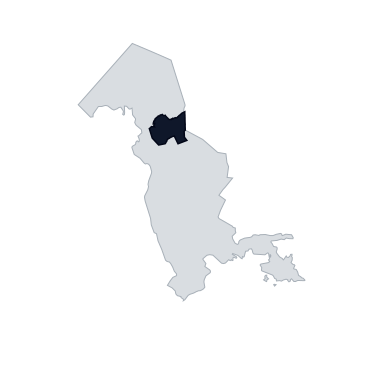 Takhtakupir, Karakalpakstan, Uzbekistan shown in context, rotated 38°
{"feature_id": "79887680B8081809775743", "entity_name": "Takhtakupir", "entity_type": "district", "adm_level": 2, "iso_a3": "UZB", "parent_name": "Uzbekistan", "parent_adm1": "Karakalpakstan", "projection": "orthographic", "projection_center": [60.944, 43.185], "detail": "fine", "context": "in_parent", "style": "filled", "palette": "ink", "viewbox_px": 384, "rotation_deg": 38, "n_neighbors": 0, "source": "geoboundaries", "source_scale": "gbopen_adm2", "svg_char_len": 5258}
<svg xmlns="http://www.w3.org/2000/svg" viewBox="0 0 384 384"><g transform="rotate(38 192 192)"><path d="M291.9,167.5L296.8,164.4L299.9,165.7L300.3,166.7L297.3,168.9L294.6,170.3L294.0,172.8L291.3,174.2L288.8,177.8L284.7,181.7L284.7,182.4L285.1,183.0L286.6,183.2L289.8,184.7L292.6,183.3L293.3,183.5L294.2,184.5L295.3,187.4L296.7,188.1L301.0,189.2L304.1,188.8L305.7,189.3L305.9,189.0L305.6,184.4L307.0,185.0L308.3,184.2L308.6,181.9L308.1,180.5L309.1,179.5L309.7,180.0L309.9,181.3L311.5,182.0L312.9,184.1L313.5,186.7L316.5,186.9L317.4,186.3L318.3,186.5L319.1,189.7L319.5,189.9L321.9,188.9L324.5,190.0L327.3,192.1L330.2,191.8L330.8,192.2L332.8,191.5L335.2,191.9L335.4,192.2L335.0,192.8L329.8,196.6L328.6,198.9L327.4,199.8L323.9,199.1L323.5,200.5L324.3,201.6L323.7,203.1L321.9,202.8L321.5,202.2L319.8,202.8L318.1,205.2L317.4,207.1L315.6,207.9L313.3,210.1L312.1,208.8L310.3,209.2L307.7,208.0L306.5,207.9L295.8,211.1L294.9,210.9L293.5,208.6L290.6,207.6L290.6,206.4L295.6,200.7L296.1,199.0L294.1,198.4L294.3,197.0L290.3,193.4L289.6,193.2L289.1,193.4L288.1,196.6L279.0,202.8L277.5,202.5L275.2,200.7L273.7,200.2L272.1,202.0L272.4,204.0L270.7,205.7L272.9,210.8L272.8,211.5L271.5,211.8L272.6,213.7L271.9,214.0L267.2,213.7L261.9,215.4L262.1,216.3L266.9,215.7L267.6,216.0L267.8,216.6L267.5,217.0L265.0,217.8L264.8,218.6L266.4,220.8L265.8,221.4L264.9,221.0L264.3,222.6L262.6,222.7L262.1,227.3L260.9,229.0L259.1,229.9L247.4,228.9L244.5,230.5L242.7,232.7L241.7,237.8L241.9,238.3L247.0,239.8L248.0,242.8L254.0,242.5L255.1,242.9L255.7,243.6L256.0,244.4L254.6,249.5L255.7,253.7L256.8,255.6L260.7,259.1L260.7,261.2L260.0,263.2L259.1,264.9L258.1,265.6L256.8,267.8L255.6,270.5L253.3,274.0L252.6,275.9L252.7,281.3L252.1,283.0L251.9,282.4L251.0,281.8L248.3,281.9L247.7,281.2L244.3,282.7L242.1,282.3L239.7,280.3L235.4,279.8L230.1,280.7L229.5,275.2L229.5,271.0L231.2,267.7L231.1,267.0L230.1,266.0L226.8,265.3L222.9,263.0L219.3,261.5L217.3,261.1L215.1,262.1L213.1,262.0L203.4,255.8L195.3,251.4L189.7,246.7L187.2,247.3L180.2,243.0L175.6,238.3L160.7,228.0L157.8,225.4L157.1,224.1L155.8,217.6L154.5,214.6L152.6,213.0L151.0,209.8L148.5,202.1L147.6,200.7L143.3,197.5L140.8,196.8L139.0,197.3L138.0,198.6L136.5,198.7L130.3,197.4L123.4,198.0L117.3,194.0L116.9,193.3L117.0,192.3L118.1,189.6L117.9,188.5L117.1,187.3L117.1,185.9L117.7,185.2L118.8,185.5L119.2,185.0L119.1,184.3L117.7,182.7L115.0,181.2L115.5,180.2L115.7,177.7L116.1,176.3L115.7,175.9L113.7,174.0L107.0,173.8L105.4,173.2L104.1,172.5L102.9,169.7L102.3,169.0L97.7,167.8L93.1,162.8L92.1,164.9L91.2,165.3L87.7,164.7L85.8,165.9L90.1,171.0L91.0,172.5L90.9,173.4L89.6,173.5L88.6,171.1L87.9,170.4L83.7,169.0L82.3,170.5L81.9,172.3L80.0,175.5L77.8,176.0L72.8,176.0L71.3,176.6L70.2,177.4L68.2,180.2L65.6,182.3L66.1,191.4L67.7,193.7L65.9,195.5L48.6,193.3L53.5,111.7L77.4,105.3L94.3,101.0L132.6,127.4L133.5,128.4L134.0,130.6L135.0,132.4L148.4,147.4L168.0,144.0L187.9,145.0L195.2,141.0L201.4,147.3L205.2,149.5L210.7,158.9L215.4,156.0L215.2,167.6L214.9,171.1L215.2,178.0L223.3,177.7L225.7,188.7L227.9,195.6L229.7,196.3L245.0,194.1L246.2,194.6L248.3,193.7L249.9,195.8L251.6,197.1L250.9,202.1L252.9,203.9L257.4,205.8L260.0,205.4L260.4,204.6L260.2,203.5L259.5,202.3L259.4,200.9L259.7,199.8L261.9,195.9L265.8,191.9L266.6,190.5L266.7,188.2L268.1,186.8L271.5,185.0L271.9,183.8L275.9,180.4L280.6,178.1L282.7,176.4L284.5,173.4L287.3,170.1L288.5,169.9L289.4,170.7L290.1,170.7L291.9,167.5ZM294.0,194.9L293.2,193.5L292.4,193.1L292.1,193.4L293.5,195.0L294.0,194.9ZM305.8,216.8L302.5,217.2L302.9,215.0L301.6,214.1L301.2,213.0L301.4,212.0L302.1,211.5L303.2,213.0L305.8,213.3L305.1,215.0L305.9,216.5L305.8,216.8ZM315.3,213.3L315.0,215.3L313.4,214.7L313.6,214.1L315.3,213.3Z" fill="#d9dde1" stroke="#a8b0b8" stroke-width="1"/><path d="M127.5,174.0L136.8,175.5L141.1,170.5L141.1,170.0L141.0,169.1L140.8,168.4L140.8,167.4L140.4,166.9L140.4,166.6L140.4,165.2L140.5,164.6L141.0,163.8L141.2,163.1L141.4,162.4L141.6,161.9L141.9,161.5L142.3,160.5L142.6,160.1L143.1,159.5L143.6,158.8L151.3,162.6L156.2,154.5L152.3,153.5L148.4,149.0L148.6,147.4L148.4,147.2L148.2,146.9L145.8,144.1L145.2,143.2L143.8,141.6L143.3,141.0L142.4,139.9L142.3,139.7L141.9,139.3L140.9,138.0L140.3,137.3L140.1,137.1L139.4,136.2L139.2,136.0L139.1,135.8L137.8,134.4L137.6,134.1L136.9,133.2L135.8,135.5L135.5,136.1L135.4,137.3L135.2,137.6L135.2,138.7L135.0,138.9L134.9,139.3L134.7,140.0L134.7,141.3L134.4,141.7L134.5,142.5L133.7,143.6L133.1,143.7L132.5,144.8L132.3,145.6L131.8,145.6L131.4,145.8L131.5,146.3L131.5,146.6L131.2,146.7L131.2,147.3L131.1,147.5L130.7,147.4L130.5,148.0L130.2,148.4L129.7,148.6L129.4,148.9L129.0,149.0L128.6,149.1L128.3,148.9L127.8,148.9L127.3,148.7L127.1,148.8L126.4,148.6L125.9,148.7L125.1,148.4L124.3,148.4L123.8,148.1L123.7,148.4L123.4,148.5L122.3,149.3L121.5,149.3L120.8,149.2L120.6,149.7L120.4,150.3L119.9,150.5L119.6,150.8L119.5,151.2L119.8,151.8L119.5,152.4L119.0,152.5L118.6,152.8L118.7,153.5L118.6,154.4L118.4,154.6L118.2,155.1L118.1,156.3L118.1,156.8L117.9,157.2L118.1,157.6L118.5,157.9L118.3,158.6L118.6,158.9L118.3,159.5L118.4,160.0L118.8,160.6L118.9,161.2L119.4,162.0L119.7,161.4L120.3,161.2L120.5,161.0L120.8,161.5L120.5,162.0L121.0,163.1L122.4,163.7L119.8,165.4L119.6,167.4L119.3,168.3L127.5,174.0Z" fill="#0f172a" stroke="#020617" stroke-width="1.5"/></g></svg>